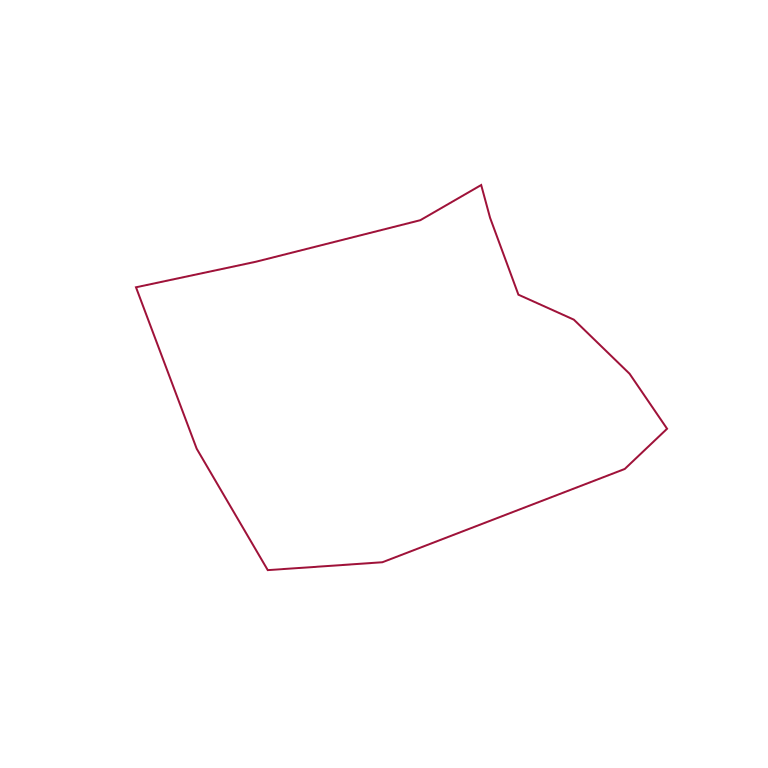 map outline of Saint George (orthographic projection), rotated 34°
{"feature_id": "VCT-5067", "entity_name": "Saint George", "entity_type": "Parish", "adm_level": 1, "iso_a3": "VCT", "parent_name": "Saint Vincent and the Grenadines", "parent_adm1": "", "projection": "orthographic", "projection_center": [-61.178, 13.175], "detail": "fine", "context": "isolated", "style": "outline", "palette": "rose", "viewbox_px": 768, "rotation_deg": 34, "n_neighbors": 0, "source": "natural_earth", "source_scale": "10m", "svg_char_len": 333}
<svg xmlns="http://www.w3.org/2000/svg" viewBox="0 0 768 768"><g transform="rotate(34 384 384)"><path d="M643.7,262.8L631.1,319.8L482.3,532.7L391.7,603.3L264.9,542.4L124.3,442.5L209.4,354.3L322.5,227.9L353.3,164.7L379.0,186.9L445.5,234.8L505.4,224.5L581.9,238.2L643.7,262.8Z" fill="none" stroke="#9f1239" stroke-width="2"/></g></svg>